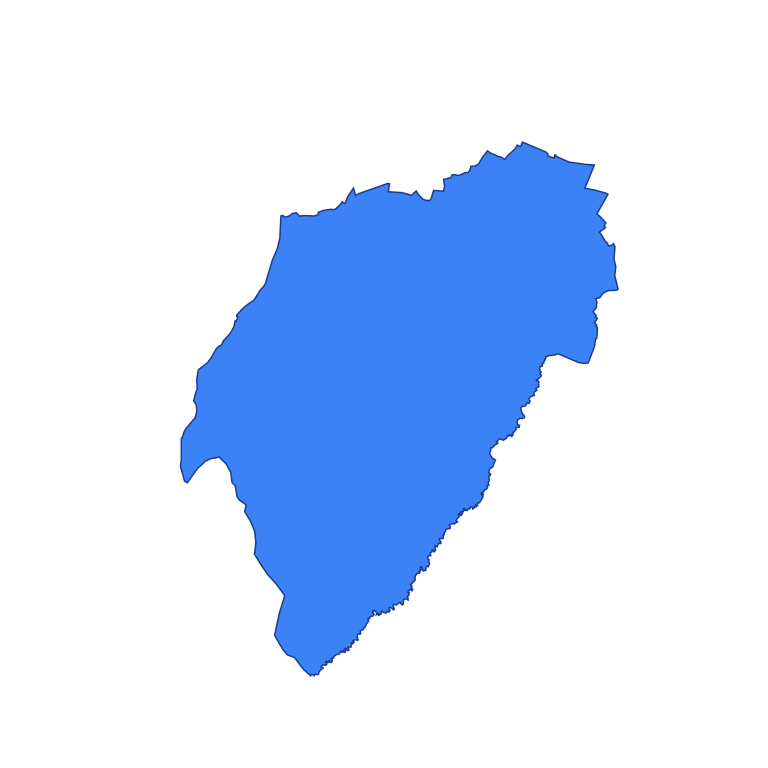 the district of Paleu, Bihor, Romania, rotated 118°
{"feature_id": "2599482B55319195618022", "entity_name": "Paleu", "entity_type": "district", "adm_level": 2, "iso_a3": "ROU", "parent_name": "Romania", "parent_adm1": "Bihor", "projection": "equal_earth", "projection_center": [22.001, 47.102], "detail": "fine", "context": "isolated", "style": "filled", "palette": "blue", "viewbox_px": 768, "rotation_deg": 118, "n_neighbors": 0, "source": "geoboundaries", "source_scale": "gbopen_adm2", "svg_char_len": 6169}
<svg xmlns="http://www.w3.org/2000/svg" viewBox="0 0 768 768"><g transform="rotate(118 384 384)"><path d="M563.6,511.3L546.6,509.1L536.0,505.5L530.8,501.5L528.1,497.6L525.8,495.7L528.7,485.8L533.7,478.1L542.1,472.1L544.1,467.2L552.4,460.9L554.4,457.2L555.4,449.1L562.1,447.0L567.8,437.5L574.8,429.0L584.1,422.7L595.1,418.4L601.5,407.5L607.2,396.6L610.7,386.4L617.4,372.3L635.8,368.7L657.3,362.6L665.4,349.6L668.5,342.4L667.6,334.4L673.7,321.4L676.1,311.8L674.9,312.1L673.8,309.5L674.3,308.7L673.1,308.8L672.1,307.5L671.9,306.2L670.6,305.6L668.9,306.2L665.6,305.6L663.7,304.4L663.1,304.9L663.3,306.5L662.7,306.8L660.7,306.1L660.0,303.8L658.5,302.9L657.1,303.6L656.7,305.3L655.8,304.7L656.1,302.7L654.0,302.8L653.8,302.3L655.1,301.2L654.6,299.8L652.8,299.6L651.6,300.4L651.1,301.7L649.4,299.9L647.6,300.2L644.8,298.6L643.3,296.6L640.1,296.7L640.0,295.9L640.6,295.3L640.3,294.6L638.4,294.7L639.4,293.3L639.2,292.4L637.1,293.1L636.0,294.6L635.6,294.3L635.7,292.4L636.6,291.2L635.8,290.2L635.0,290.1L633.5,292.5L632.9,292.2L631.9,289.7L630.0,290.5L628.8,290.2L627.9,291.4L627.2,290.6L628.0,289.9L626.0,289.1L625.2,291.0L623.1,289.2L622.8,286.8L621.9,286.8L619.8,289.1L617.8,289.8L616.1,288.5L616.2,287.8L615.7,287.4L613.1,289.0L610.1,286.9L608.9,287.4L607.7,286.5L604.1,286.9L601.1,286.2L598.4,288.0L598.0,286.6L596.0,287.1L594.1,284.9L592.3,284.5L591.7,285.1L591.4,286.9L590.3,286.4L589.4,287.3L588.5,286.3L589.4,282.9L591.2,282.5L589.4,281.5L589.3,280.9L590.5,280.9L590.9,280.2L588.3,278.6L585.7,279.5L585.8,276.2L585.1,275.6L585.3,274.8L582.6,274.0L583.3,273.2L582.6,272.2L580.8,272.5L580.1,273.9L578.9,274.4L578.5,274.0L578.2,271.3L579.0,270.2L578.8,269.4L577.5,269.4L575.2,272.2L573.7,271.6L573.2,269.2L569.1,267.5L570.3,265.6L570.3,263.9L569.3,263.7L565.5,265.5L563.4,264.1L563.4,261.3L561.8,262.2L560.7,263.7L558.9,262.8L557.8,263.6L556.7,263.4L556.3,264.0L556.7,265.0L555.7,265.3L552.6,263.9L553.4,262.3L551.8,262.2L551.0,264.1L549.3,264.4L548.9,266.4L542.7,264.4L539.2,266.2L536.1,266.1L534.4,263.9L533.1,264.0L533.1,265.1L530.7,263.9L530.3,265.2L528.2,266.0L528.0,265.1L530.7,261.5L528.6,259.6L527.6,260.4L524.8,260.8L524.5,259.2L521.0,259.5L519.6,261.4L518.1,261.5L517.6,263.6L515.5,264.1L514.4,263.8L513.7,262.2L511.3,263.8L509.8,262.9L507.8,263.6L507.5,262.6L508.8,261.3L508.4,260.7L506.6,260.5L503.0,262.9L502.8,260.6L499.1,261.1L498.5,259.3L497.9,259.0L496.8,259.5L495.2,262.4L494.5,262.7L492.7,259.3L491.4,259.5L490.2,260.9L488.8,260.0L487.3,260.9L484.8,260.5L483.2,261.2L480.5,257.9L479.1,258.3L478.1,260.1L477.5,259.9L474.9,257.7L474.5,256.1L472.4,255.5L471.9,254.3L471.4,254.3L470.9,255.9L468.5,256.5L466.7,255.2L464.8,255.9L464.7,257.2L462.1,256.5L463.5,255.6L464.1,254.6L463.4,254.0L461.5,253.9L461.0,255.4L460.3,255.7L459.7,254.1L458.0,254.2L457.0,255.3L456.2,254.0L457.5,253.0L456.6,251.2L455.3,251.2L454.4,250.7L454.4,250.0L451.5,249.2L451.1,248.5L451.4,247.8L452.6,246.9L450.5,246.1L449.6,246.6L449.2,245.1L447.8,246.1L447.9,244.8L447.4,244.2L445.4,245.5L444.1,244.0L437.5,243.5L436.3,245.2L435.5,244.3L434.6,244.5L435.3,246.3L434.4,247.0L433.8,245.9L432.8,245.5L430.0,245.4L429.4,244.6L427.8,244.0L426.8,244.0L425.8,245.2L424.0,243.9L422.6,245.7L420.7,245.5L418.4,246.6L417.8,247.5L415.2,248.2L414.9,247.4L413.5,247.5L413.2,249.7L412.2,250.3L408.9,250.9L406.7,249.1L398.8,249.9L398.4,254.2L396.3,257.5L395.3,258.4L392.7,258.6L390.2,259.7L389.5,258.4L385.2,257.2L383.5,255.8L382.6,255.8L382.5,257.2L381.8,257.8L380.7,256.8L379.3,257.0L377.9,255.7L377.6,252.2L374.1,250.3L372.2,250.9L371.4,249.4L370.0,249.6L370.4,248.3L369.3,247.8L370.2,246.5L367.7,246.4L366.2,247.5L365.3,246.6L362.1,246.0L360.5,247.1L358.7,244.4L356.7,245.0L357.3,246.5L356.1,247.9L353.6,249.3L350.4,247.9L349.5,245.6L348.0,244.3L346.5,244.7L345.0,248.1L341.9,251.5L340.8,251.9L339.5,251.8L336.8,248.8L333.3,248.8L333.1,246.8L330.6,246.9L329.4,249.2L326.2,248.6L323.5,245.9L321.8,247.3L320.4,247.6L317.7,246.1L316.9,247.8L313.3,246.0L311.9,247.4L309.6,248.2L308.9,249.6L309.7,250.4L309.0,251.4L307.6,250.4L303.3,249.0L302.2,249.3L301.7,251.1L299.4,251.0L299.4,252.3L296.7,254.1L295.3,254.0L293.7,252.6L292.4,254.0L290.5,252.8L287.8,253.6L286.9,252.9L286.3,253.8L284.9,253.3L284.3,254.0L281.7,251.8L278.1,246.8L275.6,244.5L273.7,222.5L271.9,217.1L269.5,213.6L252.3,215.7L245.1,218.3L244.2,217.6L240.1,219.1L233.9,222.2L233.7,223.6L232.1,223.8L231.5,226.8L225.9,226.5L225.6,228.8L224.0,228.7L222.5,232.4L221.6,233.3L216.4,232.3L214.6,233.6L212.1,234.2L209.2,237.0L206.5,234.0L200.9,233.2L197.2,230.6L195.4,228.7L193.2,224.4L191.4,222.2L190.3,221.9L179.9,231.2L171.8,234.3L165.5,239.7L154.4,244.5L152.4,247.2L154.8,248.3L156.5,250.2L156.1,251.4L154.7,252.8L154.4,254.9L149.4,263.5L148.9,265.2L141.9,261.8L141.3,263.8L137.6,263.8L135.2,270.2L133.8,275.9L111.4,275.3L111.3,277.5L113.8,288.9L116.9,298.5L91.9,301.1L95.3,308.7L101.2,324.8L102.2,339.1L101.4,339.4L101.5,340.8L104.7,339.8L105.5,345.1L106.1,345.9L103.8,347.5L103.2,349.8L105.4,375.3L110.4,374.8L110.6,378.5L114.3,378.5L123.7,381.8L129.0,382.7L128.7,388.0L129.4,389.2L130.1,398.6L129.5,402.1L138.0,403.5L145.2,403.8L149.0,406.1L150.8,409.4L156.0,408.5L158.2,409.3L158.5,410.8L159.4,411.7L164.9,415.9L166.2,420.4L167.5,422.1L170.4,421.8L175.4,427.4L181.1,423.3L185.9,422.0L189.8,431.1L198.4,429.4L200.6,429.8L202.1,433.1L202.6,436.6L200.7,442.3L198.4,446.2L204.5,448.4L206.5,457.7L212.2,470.4L204.6,473.1L205.3,474.9L227.4,495.3L230.8,497.7L225.3,502.9L236.2,504.0L242.8,503.1L242.8,506.4L247.1,507.1L253.0,509.2L255.3,513.9L259.0,518.7L263.3,522.7L265.0,521.6L266.8,522.8L268.5,524.6L272.6,533.3L275.6,537.6L273.9,541.9L276.5,544.9L280.2,546.6L282.8,549.3L283.2,551.0L282.6,552.4L284.0,553.9L304.0,544.5L314.0,541.8L327.1,540.7L351.0,535.9L354.3,536.0L358.7,537.3L371.2,538.2L377.2,541.5L383.9,544.2L391.9,546.4L393.5,545.8L393.3,544.6L397.8,543.8L398.1,545.0L404.5,543.4L411.3,543.5L420.9,546.0L426.1,545.8L428.5,547.7L431.5,548.6L442.7,549.0L448.3,549.9L458.0,554.3L459.4,554.4L468.5,551.2L476.3,546.5L480.0,546.2L488.3,544.1L490.4,540.1L496.0,536.4L502.3,534.9L516.5,538.0L520.8,538.0L524.8,537.0L527.2,537.4L546.7,527.1L552.2,525.1L563.5,514.4L563.6,511.3Z" fill="#3b82f6" stroke="#1e3a8a" stroke-width="1.5"/></g></svg>